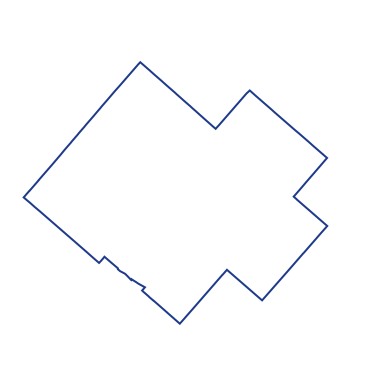 Naracoorte Lucindale, South Australia, Australia, rotated 221°
{"feature_id": "25037944B94364154888431", "entity_name": "Naracoorte Lucindale", "entity_type": "district", "adm_level": 2, "iso_a3": "AUS", "parent_name": "Australia", "parent_adm1": "South Australia", "projection": "mercator", "projection_center": [140.584, -36.995], "detail": "fine", "context": "isolated", "style": "outline", "palette": "blue", "viewbox_px": 384, "rotation_deg": 221, "n_neighbors": 0, "source": "geoboundaries", "source_scale": "gbopen_adm2", "svg_char_len": 2996}
<svg xmlns="http://www.w3.org/2000/svg" viewBox="0 0 384 384"><g transform="rotate(221 192 192)"><path d="M315.5,77.5L315.4,77.5L311.7,77.5L311.2,77.5L306.7,77.6L301.3,77.5L301.1,77.5L294.4,77.6L292.5,77.6L292.3,77.6L286.8,77.6L279.5,77.6L275.5,77.6L271.0,77.6L266.0,77.6L263.4,77.6L256.3,77.6L250.6,77.6L244.0,77.6L237.9,77.6L234.6,77.6L234.3,77.6L233.1,77.6L223.4,77.5L219.5,77.5L215.6,77.5L215.5,79.9L215.5,84.0L215.6,85.7L206.3,85.7L197.8,85.8L197.3,85.1L194.2,85.1L193.1,85.4L188.8,86.4L184.7,86.1L180.3,85.7L180.2,85.7L180.5,86.5L179.7,86.6L174.5,87.4L172.8,87.6L172.7,87.6L172.1,87.7L165.0,89.2L165.0,86.9L165.0,85.3L165.0,84.9L164.8,84.9L164.5,84.9L163.9,84.8L162.3,84.8L156.1,84.8L155.9,84.7L155.2,84.7L152.0,84.7L149.9,84.7L149.9,84.8L147.1,84.8L143.7,84.8L130.8,84.7L114.8,84.6L114.7,106.5L114.7,133.3L114.7,149.5L114.6,149.8L114.6,151.4L114.6,152.5L114.6,153.6L114.6,156.2L110.6,156.2L108.0,156.2L102.4,156.2L99.1,156.2L93.8,156.2L90.6,156.2L86.8,156.2L83.9,156.2L80.0,156.2L77.9,156.2L68.0,156.2L67.9,177.6L67.8,193.9L67.8,204.7L67.8,212.5L67.8,216.9L67.8,218.1L67.8,218.7L67.7,219.5L67.7,220.3L67.7,220.7L67.7,222.0L67.7,225.3L67.7,225.6L67.7,229.5L67.7,241.3L67.7,244.0L67.7,245.8L67.6,255.1L72.6,255.1L75.7,255.1L75.8,255.1L79.6,255.1L79.9,255.1L81.6,255.1L83.6,255.1L84.7,255.1L86.3,255.1L94.2,255.1L95.2,255.1L95.4,255.1L102.1,255.1L103.1,255.1L104.7,255.1L108.0,255.1L108.6,255.2L112.2,255.2L112.2,266.9L112.3,274.7L112.3,283.4L112.3,286.9L112.4,305.2L112.4,305.7L112.4,306.3L117.2,306.3L122.8,306.3L126.9,306.3L131.6,306.3L136.3,306.4L140.0,306.4L146.4,306.4L150.3,306.4L154.9,306.3L163.2,306.3L163.3,306.3L169.8,306.3L171.2,306.3L174.2,306.3L177.1,306.3L181.9,306.3L186.1,306.4L193.0,306.4L195.9,306.4L200.9,306.4L205.3,306.4L207.4,306.4L212.0,306.5L214.7,306.5L215.0,306.5L215.0,306.4L215.5,302.2L215.5,265.1L215.5,263.5L215.5,260.1L215.6,256.3L215.6,255.2L219.6,255.2L229.1,255.3L237.7,255.4L242.3,255.5L244.0,255.5L244.3,255.5L245.1,255.5L246.2,255.5L249.7,255.6L257.7,255.6L266.3,255.7L267.7,255.7L269.9,255.8L271.5,255.8L275.7,255.8L278.5,255.8L278.9,255.8L279.7,255.8L280.4,255.8L281.7,255.8L287.9,255.9L289.8,255.9L290.3,255.9L292.2,255.9L296.8,255.9L298.7,255.9L298.8,255.9L304.0,256.0L308.2,256.0L308.3,256.0L312.2,256.0L316.2,256.0L316.3,253.1L316.3,250.3L316.3,250.0L316.3,239.5L316.3,239.4L316.3,236.1L316.3,232.2L316.3,225.5L316.3,224.6L316.4,216.8L316.4,216.7L316.3,206.0L316.3,204.7L316.3,200.8L316.3,200.0L316.3,196.4L316.2,195.6L316.2,192.8L316.1,183.0L316.1,178.2L316.1,173.2L316.0,170.8L316.0,167.9L316.0,165.1L316.0,164.4L316.0,162.2L315.9,160.1L315.9,155.9L315.9,153.5L315.9,151.2L315.8,149.9L315.8,146.2L315.8,145.0L315.8,143.2L315.8,142.6L315.8,140.4L315.6,133.1L315.6,131.9L315.6,131.7L315.5,120.9L315.5,118.7L315.5,112.1L315.5,111.7L315.5,106.1L315.5,100.3L315.4,100.3L315.4,100.2L315.4,99.8L315.4,98.2L315.4,97.3L315.4,97.1L315.4,86.3L315.5,86.3L315.5,85.2L315.5,84.9L315.5,77.6L315.5,77.5Z" fill="none" stroke="#1e3a8a" stroke-width="2"/></g></svg>